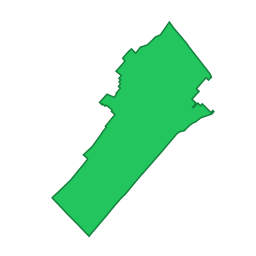 outline of Mexicaltzingo, México, Mexico, rotated 133°
{"feature_id": "50627088B85127394964409", "entity_name": "Mexicaltzingo", "entity_type": "district", "adm_level": 2, "iso_a3": "MEX", "parent_name": "Mexico", "parent_adm1": "México", "projection": "albers", "projection_center": [-99.585, 19.21], "detail": "fine", "context": "isolated", "style": "filled", "palette": "green", "viewbox_px": 256, "rotation_deg": 133, "n_neighbors": 0, "source": "geoboundaries", "source_scale": "gbopen_adm2", "svg_char_len": 2293}
<svg xmlns="http://www.w3.org/2000/svg" viewBox="0 0 256 256"><g transform="rotate(133 128 128)"><path d="M168.0,141.6L173.1,142.0L178.1,142.3L177.9,136.8L178.3,136.5L179.0,136.2L182.9,135.9L186.6,135.6L190.3,135.4L193.9,135.2L197.6,134.9L201.3,134.7L205.0,134.4L208.6,134.6L212.3,134.8L216.0,135.0L219.6,135.2L223.3,135.4L226.9,135.7L230.8,135.9L231.1,132.1L231.5,124.8L232.0,117.9L232.4,110.6L232.6,105.3L232.8,98.9L233.2,92.7L233.5,87.1L233.7,82.6L232.7,82.7L232.1,82.8L228.3,83.0L224.6,83.1L220.8,83.3L217.1,83.5L213.4,83.7L209.6,83.8L205.9,84.0L202.4,84.3L198.9,84.5L195.4,84.7L191.9,84.9L188.4,85.0L184.9,85.2L181.4,85.0L177.8,84.9L173.4,85.1L171.1,85.3L167.1,85.5L163.0,85.8L158.9,86.0L154.8,86.2L150.8,86.4L150.8,86.2L146.5,86.4L143.9,86.5L139.7,86.6L135.6,86.7L131.2,86.9L126.9,87.0L123.7,87.1L112.3,87.7L98.5,88.3L95.2,87.4L91.4,84.9L89.5,85.0L89.4,85.0L84.5,84.7L84.1,84.7L80.2,84.0L77.6,82.8L71.0,81.7L67.5,79.9L63.9,78.0L60.4,76.2L57.4,76.4L57.3,77.9L60.1,78.0L60.0,82.1L59.8,86.1L59.7,90.2L62.2,90.2L62.2,94.1L68.7,94.1L68.8,94.9L64.0,94.8L64.0,96.0L63.3,96.0L63.4,100.8L59.8,100.9L56.3,101.0L52.7,101.0L52.7,104.7L49.0,104.8L45.3,105.0L41.7,105.1L38.0,105.2L38.1,101.8L33.8,101.7L32.5,105.1L31.3,111.7L30.6,116.6L29.8,121.5L29.1,126.1L28.5,129.6L28.0,133.1L27.5,136.1L27.4,136.8L27.3,137.5L26.4,141.7L25.9,144.7L25.5,148.2L25.2,150.1L24.7,154.9L23.9,161.3L23.9,161.9L23.0,166.3L22.3,170.0L26.2,169.5L30.0,168.9L33.8,168.4L37.7,167.8L43.0,170.1L45.8,170.1L46.7,170.1L50.4,170.3L54.1,170.6L57.3,172.3L59.1,173.2L60.0,174.0L64.0,173.7L68.0,173.4L67.8,179.5L71.1,179.5L71.1,179.8L75.9,179.7L80.6,179.5L81.3,175.8L85.0,175.7L88.6,175.6L91.7,175.5L94.6,175.5L94.2,168.6L98.0,168.5L97.8,166.2L100.3,166.1L100.8,163.6L104.2,163.3L104.0,160.7L106.6,160.6L110.5,160.4L110.6,159.7L115.0,159.0L115.8,161.4L117.6,166.4L118.4,166.4L120.2,166.4L123.3,166.3L126.7,166.3L128.7,166.3L128.7,163.8L128.7,162.8L127.7,162.8L127.7,159.7L126.1,159.6L126.0,157.0L125.8,157.0L125.8,153.3L125.8,151.5L127.2,151.5L127.2,150.9L127.1,146.7L131.6,146.4L134.7,146.2L142.2,145.7L142.2,144.4L142.7,144.4L142.8,144.4L144.7,144.2L145.3,144.2L147.2,144.1L147.7,144.0L151.4,143.3L154.1,143.0L159.4,142.3L160.9,142.1L164.6,141.7L167.9,141.4L168.0,141.6Z" fill="#22c55e" stroke="#15803d" stroke-width="1.5"/></g></svg>